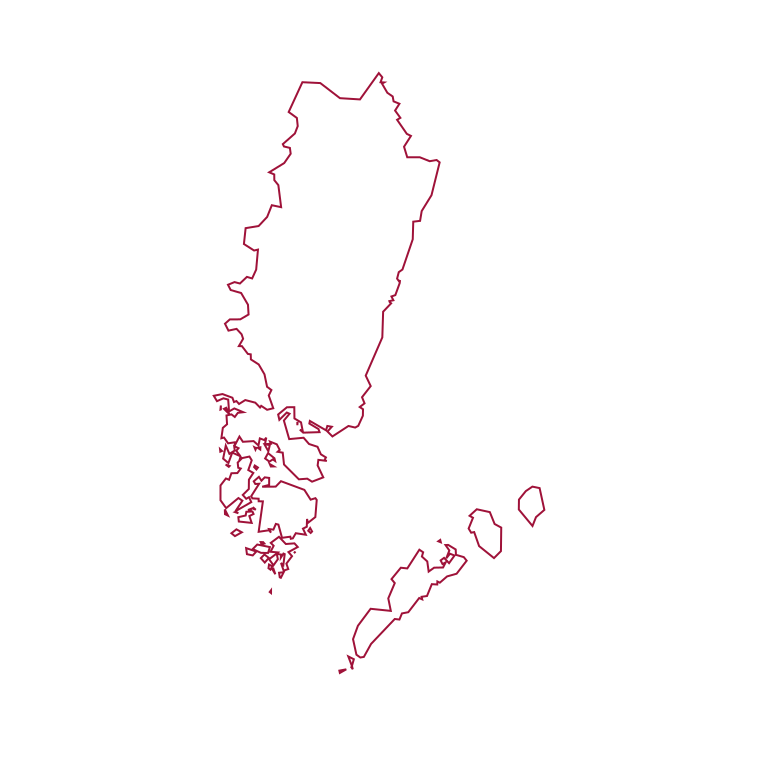 outline of Conamara South Lea-5, Galway, Ireland, rotated 294°
{"feature_id": "5873133B18707060070656", "entity_name": "Conamara South Lea-5", "entity_type": "district", "adm_level": 2, "iso_a3": "IRL", "parent_name": "Ireland", "parent_adm1": "Galway", "projection": "mercator", "projection_center": [-9.603, 53.216], "detail": "fine", "context": "isolated", "style": "outline", "palette": "rose", "viewbox_px": 768, "rotation_deg": 294, "n_neighbors": 0, "source": "geoboundaries", "source_scale": "gbopen_adm2", "svg_char_len": 6206}
<svg xmlns="http://www.w3.org/2000/svg" viewBox="0 0 768 768"><g transform="rotate(294 384 384)"><path d="M626.5,186.7L593.7,186.3L591.6,196.2L584.5,200.3L576.6,200.7L562.0,194.0L560.3,196.0L561.4,202.0L556.4,205.1L545.3,203.0L530.7,193.0L530.8,198.5L525.6,200.9L522.7,206.6L503.7,218.1L501.7,208.8L489.1,209.3L477.3,205.2L470.1,194.2L454.9,199.1L453.1,211.0L455.5,214.2L436.5,220.7L426.8,220.6L426.1,215.2L417.2,211.5L416.3,206.0L411.2,201.1L407.5,205.7L409.0,216.5L401.1,227.5L392.4,232.0L384.6,226.4L380.3,216.9L374.4,214.2L369.5,220.2L374.4,226.9L371.5,233.7L368.0,236.9L359.6,236.0L360.8,238.8L356.1,247.4L356.9,250.2L352.3,252.4L350.9,261.6L344.2,270.9L333.9,278.3L332.7,283.6L326.6,283.4L316.8,292.7L312.9,287.7L314.1,280.7L312.1,280.3L314.6,274.0L312.9,263.8L306.8,259.7L308.4,256.1L306.5,254.3L309.8,251.1L309.1,240.5L304.0,233.3L300.4,238.4L305.6,243.1L306.4,248.0L295.9,253.6L300.8,257.2L301.0,266.9L298.2,262.2L293.2,261.1L294.2,257.0L291.2,252.9L283.4,257.0L278.4,254.6L268.3,257.5L270.0,259.6L266.4,265.7L270.0,271.3L267.8,272.7L277.2,273.3L273.8,278.6L278.8,288.1L276.8,294.3L283.8,292.7L284.1,297.4L287.1,298.3L280.6,299.7L283.4,305.0L285.0,303.3L285.3,310.6L281.4,315.5L278.8,314.4L280.1,319.4L269.8,325.4L262.3,345.0L266.3,352.4L265.5,358.0L274.0,366.5L282.6,356.5L288.0,354.9L290.5,363.1L290.1,360.6L293.3,360.8L294.1,354.9L299.6,348.8L298.7,339.9L302.2,332.4L295.1,319.8L309.9,307.4L318.4,309.8L318.4,306.8L308.7,303.0L313.1,299.7L323.3,304.8L326.3,311.5L316.1,316.2L315.2,323.8L307.8,329.0L308.1,325.7L306.7,330.0L313.8,344.7L316.2,342.5L317.5,331.9L320.1,331.3L318.1,349.9L322.6,349.3L323.7,353.7L317.6,351.7L315.1,358.2L331.2,368.6L332.5,375.4L335.3,377.5L346.4,377.6L352.4,375.1L353.1,371.2L358.4,374.1L363.0,369.3L376.7,372.7L384.2,363.9L425.9,363.5L449.7,353.8L460.6,357.7L461.1,356.0L461.9,355.2L464.3,358.5L467.0,355.2L469.8,358.2L482.6,357.3L485.4,356.4L483.8,356.2L485.6,353.1L492.2,352.0L496.1,354.3L527.9,351.4L544.2,344.7L547.7,350.6L557.3,348.1L575.8,350.6L609.1,344.7L610.0,340.9L606.1,335.1L605.7,324.5L600.6,313.0L608.9,305.8L621.6,307.7L621.8,303.1L630.7,288.5L633.8,290.7L638.3,282.9L646.3,284.1L646.1,277.8L650.2,275.0L651.4,268.6L657.6,260.0L659.5,261.4L658.3,258.1L663.5,257.7L665.9,252.8L634.2,246.3L627.2,227.5L633.0,203.4L626.5,186.7ZM247.0,483.7L225.0,480.3L223.0,474.1L208.8,470.2L206.5,474.8L189.9,475.1L179.5,482.5L173.2,463.2L152.5,458.5L138.3,459.5L125.5,468.9L124.5,473.6L126.5,476.6L141.3,477.9L173.7,489.4L175.1,493.9L181.7,493.7L185.4,499.0L202.8,503.2L202.8,506.5L204.9,504.9L207.8,509.5L220.6,509.1L222.5,514.2L225.3,513.1L225.2,515.8L233.9,519.9L240.2,527.5L256.2,531.4L258.3,527.3L257.2,519.2L262.0,516.8L263.1,508.1L261.9,505.7L258.5,511.4L250.1,511.8L255.8,513.3L256.0,518.2L246.8,516.3L249.6,509.6L245.9,507.5L243.3,510.7L246.2,512.9L240.4,512.6L236.6,504.5L230.8,501.1L239.5,495.7L241.8,488.8L246.2,488.2L247.0,483.7ZM254.9,354.3L253.3,329.4L246.2,326.8L240.6,314.5L245.1,320.1L251.5,317.3L250.2,313.0L245.8,311.4L248.3,307.5L242.1,304.6L240.3,307.1L242.1,310.5L227.4,308.3L226.0,310.3L228.2,316.1L225.9,317.2L227.5,321.1L198.0,329.6L203.6,338.4L202.3,341.2L204.7,338.0L206.0,342.2L212.2,342.1L212.6,344.7L202.0,353.4L206.4,360.5L204.7,361.8L205.9,363.5L211.8,364.1L214.5,373.9L218.9,368.8L222.2,371.5L229.4,368.6L226.2,371.0L234.5,375.4L250.7,369.7L251.8,367.8L248.5,364.0L254.9,354.3ZM274.6,536.8L269.7,555.3L278.9,558.8L300.5,549.5L301.1,542.0L310.0,532.8L307.3,519.7L298.4,515.8L298.0,519.7L286.4,520.1L283.6,524.1L285.4,526.6L274.6,536.8ZM224.8,275.9L211.3,281.9L206.4,290.3L220.6,297.4L219.8,302.1L207.3,300.0L222.1,310.8L225.7,306.7L223.1,304.8L225.2,300.1L233.1,303.2L241.7,299.5L249.6,300.8L250.2,295.0L260.5,294.2L263.0,290.6L258.6,284.5L252.7,282.3L248.2,284.9L248.5,287.5L243.0,286.3L240.4,280.9L233.5,281.4L233.4,278.0L224.8,275.9ZM324.2,558.2L314.7,577.4L324.2,577.0L334.2,581.7L352.2,568.5L350.6,561.3L343.8,557.1L333.3,554.3L324.2,558.2ZM201.7,350.2L192.8,345.2L191.3,349.0L184.6,348.6L187.1,355.9L185.2,355.3L186.3,359.3L183.4,360.4L188.2,361.1L188.2,362.5L177.6,365.7L178.6,362.7L172.7,368.2L176.0,371.8L180.2,367.9L189.3,370.0L191.6,365.1L200.0,371.5L202.0,367.0L197.9,359.4L201.7,350.2ZM263.4,264.5L250.4,267.4L248.5,274.0L259.6,273.3L259.6,282.3L262.9,276.2L266.2,277.2L266.3,272.4L262.5,274.7L257.3,271.2L263.4,264.5ZM199.3,307.3L203.3,319.6L208.6,314.7L212.2,317.7L214.0,315.7L211.3,310.2L207.6,311.1L203.1,305.1L199.3,307.3ZM185.8,333.5L179.8,331.2L179.7,340.3L182.5,346.8L188.6,346.1L185.8,333.5ZM185.5,354.9L177.2,350.3L173.4,356.8L180.8,358.3L185.5,354.9ZM267.6,305.7L266.5,310.9L269.9,313.1L269.4,315.8L271.6,314.1L273.7,306.2L267.6,305.7ZM174.0,333.8L179.0,335.5L178.0,324.8L172.8,328.0L174.0,333.8ZM191.2,308.3L185.6,305.3L184.4,309.7L190.7,314.4L191.2,308.3ZM179.6,344.1L174.8,342.3L172.4,347.7L178.3,349.5L179.6,344.1ZM120.6,462.2L113.3,469.4L120.3,468.4L120.6,462.2ZM280.3,299.3L275.5,305.7L281.8,304.5L280.3,299.3ZM108.0,465.6L104.0,459.8L102.1,461.2L108.0,465.6ZM168.9,364.9L165.0,367.4L165.0,368.6L171.2,368.9L168.9,364.9ZM204.7,289.6L200.4,291.7L200.3,295.0L204.7,289.6ZM172.3,352.4L168.7,353.4L168.2,355.8L172.0,356.1L172.3,352.4ZM218.1,377.6L220.0,378.3L222.4,375.1L219.1,374.5L218.1,377.6ZM169.5,357.2L166.0,362.1L170.4,358.0L169.5,357.2ZM296.2,247.9L293.5,255.1L298.1,249.5L296.2,247.9ZM257.0,299.1L255.3,299.1L254.0,302.2L256.4,302.8L257.0,299.1ZM187.8,337.3L189.6,339.6L190.4,337.9L189.4,335.6L187.8,337.3ZM262.6,314.2L263.9,316.9L264.4,312.2L262.6,314.2ZM246.3,276.3L246.0,272.1L245.2,275.9L246.3,276.3ZM275.9,296.8L274.4,294.5L273.8,297.6L275.9,296.8ZM262.5,500.3L264.4,498.8L262.4,497.6L262.5,500.3ZM206.7,303.5L207.0,300.5L206.4,300.0L206.7,303.5ZM217.0,318.0L217.9,315.1L216.8,314.6L217.0,318.0ZM256.9,263.2L257.8,260.7L255.6,262.0L256.9,263.2ZM294.4,245.3L298.0,243.7L294.1,245.0L294.4,245.3ZM273.5,291.4L271.7,293.3L273.4,293.3L273.5,291.4ZM213.6,311.0L214.5,313.7L215.9,313.3L213.6,311.0ZM149.6,364.7L147.5,364.2L147.1,365.8L149.6,364.7ZM259.1,282.5L256.9,282.8L258.5,284.1L259.1,282.5ZM112.0,469.3L110.7,471.5L113.3,469.5L112.0,469.3ZM311.1,321.6L313.4,320.8L313.3,320.6L311.1,321.6ZM194.1,371.1L194.9,371.2L192.9,370.5L194.1,371.1Z" fill="none" stroke="#9f1239" stroke-width="2"/></g></svg>